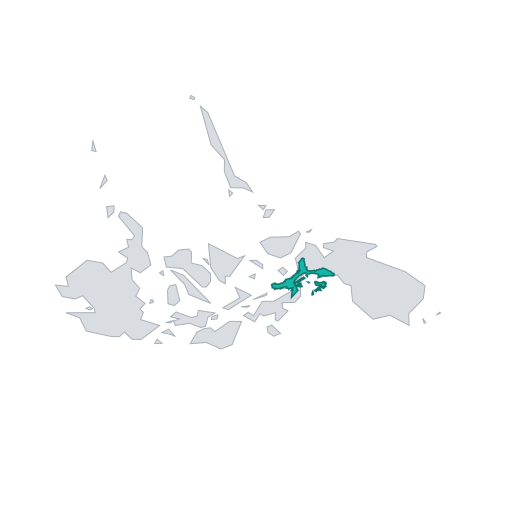 Quezon, Quezon, Philippines shown in context, rotated 110°
{"feature_id": "2640588B64856500371355", "entity_name": "Quezon", "entity_type": "district", "adm_level": 2, "iso_a3": "PHL", "parent_name": "Philippines", "parent_adm1": "Quezon", "projection": "orthographic", "projection_center": [122.074, 14.189], "detail": "fine", "context": "in_parent", "style": "filled", "palette": "teal", "viewbox_px": 512, "rotation_deg": 110, "n_neighbors": 0, "source": "geoboundaries", "source_scale": "gbopen_adm2", "svg_char_len": 9700}
<svg xmlns="http://www.w3.org/2000/svg" viewBox="0 0 512 512"><g transform="rotate(110 256 256)"><path d="M239.0,84.2L258.0,92.8L268.8,88.4L265.9,109.9L275.4,124.4L265.5,149.8L251.4,156.6L251.7,163.7L246.1,173.0L254.0,188.9L252.2,193.1L255.8,204.3L267.5,210.7L267.2,204.9L278.4,200.3L286.4,203.7L290.9,215.5L296.0,213.2L296.5,207.1L309.6,213.1L309.4,216.2L302.6,218.3L309.8,228.4L308.9,232.7L318.3,234.7L316.3,247.4L311.4,244.1L313.3,237.9L296.4,234.6L292.5,223.9L277.5,211.3L274.2,211.9L279.5,225.2L277.7,230.6L271.8,221.8L256.1,210.5L244.7,218.3L231.5,211.9L226.2,214.0L225.7,203.7L234.3,191.3L224.9,184.9L225.0,195.7L221.1,196.5L216.2,187.2L211.8,185.6L204.2,147.6L205.7,145.7L214.2,153.3L219.6,151.7L219.7,110.4L226.1,87.0L239.0,84.2ZM354.3,322.8L373.7,335.4L376.7,344.1L372.4,353.8L378.5,356.7L381.1,364.2L384.6,389.8L374.3,400.5L374.3,415.1L364.3,387.8L360.7,389.8L352.6,405.2L358.2,411.2L360.4,424.2L351.9,434.5L348.7,421.9L340.6,427.2L317.7,413.3L315.1,397.5L321.0,386.7L306.5,375.5L301.9,375.8L299.2,386.5L291.3,378.7L284.5,383.3L283.1,378.1L278.4,377.1L265.7,398.9L260.9,398.4L259.9,392.2L268.4,372.2L286.3,366.5L290.0,359.0L300.2,351.7L311.3,358.9L310.0,369.2L320.7,364.3L326.2,354.3L334.9,355.2L338.5,344.1L345.7,346.8L347.5,342.5L355.2,342.8L354.3,322.8ZM297.1,336.4L288.4,342.2L285.0,335.2L276.9,330.8L272.5,321.6L274.5,317.9L284.7,314.5L283.6,303.3L288.0,292.9L295.3,290.0L302.0,291.9L303.5,295.7L292.8,320.5L297.1,336.4ZM347.4,248.1L355.3,257.1L354.3,273.2L360.9,287.8L347.6,285.4L342.3,280.2L339.1,274.4L341.1,268.8L326.5,258.5L322.4,247.2L347.4,248.1ZM259.7,266.8L284.1,273.8L285.6,278.0L292.6,275.4L291.6,282.1L282.3,294.6L260.7,304.9L264.7,272.5L259.7,266.8ZM166.9,336.2L134.2,359.5L137.8,350.3L188.1,303.5L190.4,290.2L197.1,281.1L196.3,290.8L200.4,303.1L187.2,314.8L176.3,318.5L166.9,336.2ZM219.9,221.8L241.0,224.2L249.4,232.3L249.8,245.6L241.8,257.0L233.5,249.0L226.4,231.2L218.2,224.6L219.9,221.8ZM330.1,280.3L339.5,279.4L342.1,283.7L341.9,295.2L348.8,308.0L345.5,311.2L341.3,306.5L342.4,315.5L335.9,311.9L335.9,295.4L332.5,290.6L326.8,291.6L323.6,275.2L330.1,280.3ZM298.4,331.6L298.8,317.7L316.0,282.3L315.2,305.9L307.1,313.3L298.4,331.6ZM331.0,322.3L318.5,327.4L313.5,326.8L310.3,321.6L324.0,312.3L330.5,315.8L331.0,322.3ZM294.5,247.1L315.9,263.6L316.0,269.4L300.8,256.9L292.5,264.8L294.5,247.1ZM323.7,218.5L319.1,221.3L315.5,217.7L320.3,206.5L325.3,212.0L323.7,218.5ZM270.6,408.2L260.8,413.2L257.4,406.6L263.5,404.5L270.6,408.2ZM206.1,254.5L215.1,256.8L217.4,262.4L209.3,262.4L206.1,254.5ZM259.7,221.3L264.9,223.4L262.1,230.3L257.4,227.0L259.7,221.3ZM236.0,421.7L246.0,425.9L231.7,425.5L236.0,421.7ZM360.1,318.4L354.8,313.0L359.3,304.3L358.8,309.5L360.1,318.4ZM265.7,245.3L262.3,260.1L259.9,254.0L262.0,246.7L265.7,245.3ZM212.5,442.0L213.2,446.4L203.2,448.9L212.5,442.0ZM262.8,181.7L262.5,188.3L260.2,191.1L257.8,180.8L262.8,181.7ZM280.5,296.9L276.2,305.4L276.2,300.5L280.5,296.9ZM210.0,264.9L207.5,271.0L205.4,263.9L210.0,264.9ZM331.0,276.3L327.7,276.5L324.4,271.6L328.4,271.0L331.0,276.3ZM277.8,249.6L277.9,255.2L273.1,250.6L277.8,249.6ZM373.0,321.3L368.1,320.4L370.2,314.4L373.0,321.3ZM289.4,232.8L298.0,243.9L287.1,232.9L289.4,232.8ZM209.0,301.3L203.3,304.3L204.9,299.3L209.0,301.3ZM306.0,336.2L305.0,340.9L301.7,338.5L306.0,336.2ZM307.0,246.3L308.9,252.8L304.7,244.5L307.0,246.3ZM130.3,372.4L127.4,372.0L128.1,367.9L130.3,367.4L130.3,372.4ZM336.8,339.6L333.0,339.9L332.7,337.4L334.9,336.9L336.8,339.6ZM363.4,397.8L360.6,394.9L361.4,391.8L363.3,393.3L363.4,397.8ZM215.0,213.5L216.6,217.2L212.2,212.9L215.0,213.5ZM347.8,313.2L349.4,318.1L345.2,312.2L347.8,313.2ZM261.7,75.0L257.5,78.1L260.5,73.6L261.7,75.0ZM266.5,207.5L260.8,204.6L260.9,202.7L266.5,207.5ZM246.5,63.1L250.0,66.5L246.0,64.2L246.5,63.1Z" fill="#d9dde1" stroke="#a8b0b8" stroke-width="1"/><path d="M245.2,181.3L244.4,186.3L244.4,187.6L244.7,188.6L244.5,189.1L245.7,190.0L246.4,190.2L246.4,191.6L247.3,192.0L247.3,192.5L248.3,193.8L248.4,194.4L249.6,194.4L249.8,195.1L250.2,195.5L249.5,196.2L250.7,198.1L251.7,200.8L252.4,201.0L252.3,201.6L251.2,203.5L251.7,203.7L251.2,204.5L250.5,204.5L250.0,204.1L249.5,204.2L249.8,204.6L249.5,204.9L249.2,204.8L249.2,205.9L248.5,207.0L247.0,207.1L246.8,207.5L244.9,208.5L244.3,209.2L243.5,209.6L243.0,209.5L242.2,209.8L242.0,211.4L242.8,211.8L242.8,212.1L243.1,212.3L244.7,212.5L245.4,212.4L245.9,213.0L246.6,213.1L247.8,213.8L248.5,212.9L250.7,212.0L250.8,212.3L250.7,212.0L251.5,211.6L251.9,211.8L252.1,211.3L253.2,211.2L253.5,210.9L254.3,211.0L253.8,210.2L254.4,209.6L255.4,209.7L256.3,210.5L256.4,210.2L257.0,210.4L257.2,210.8L256.9,211.2L257.4,211.6L257.3,211.8L257.6,211.5L257.8,211.8L258.0,211.5L258.1,212.0L258.6,211.7L258.9,211.8L259.1,212.6L261.3,213.2L261.4,214.1L262.7,214.1L262.5,214.3L263.3,214.9L263.9,214.8L264.0,214.5L264.3,214.8L264.5,214.7L264.6,215.1L265.4,215.7L265.5,216.4L265.7,216.6L265.8,216.5L265.9,216.4L266.5,217.8L267.2,218.7L267.4,219.6L267.6,219.5L268.2,219.8L268.9,219.5L269.2,219.9L268.8,220.2L269.3,220.4L269.5,219.9L270.4,219.9L270.8,220.4L270.7,220.8L272.5,221.7L272.8,222.8L274.8,224.9L275.7,227.0L275.6,227.7L275.3,227.9L275.7,228.3L275.4,228.5L275.5,229.1L275.2,229.2L276.2,230.0L276.8,231.0L277.7,231.5L278.4,231.2L279.3,230.2L280.3,229.9L280.2,228.7L279.7,228.4L279.8,225.8L279.4,224.5L277.8,222.3L277.7,221.8L277.0,221.3L276.8,220.7L277.2,220.7L278.1,222.0L278.6,222.0L278.6,221.7L277.0,220.3L276.2,220.1L276.3,219.7L275.0,218.4L275.1,217.8L274.6,217.0L274.7,216.2L275.7,216.1L275.3,215.1L275.3,214.0L275.7,213.8L275.3,213.7L275.3,213.3L274.7,212.9L272.9,210.4L273.4,210.4L273.7,210.8L274.4,210.6L274.6,210.9L275.3,210.9L275.2,210.8L275.3,210.7L275.7,210.9L275.8,209.9L276.4,210.3L277.2,209.9L282.7,208.5L273.8,204.8L273.3,205.8L272.0,207.1L269.9,207.0L270.0,205.0L269.5,205.6L268.9,205.5L269.1,204.5L268.7,204.2L269.2,202.7L269.0,202.2L268.5,202.4L268.4,203.8L268.0,203.6L267.1,204.1L266.7,204.5L266.9,205.1L266.6,205.1L266.4,204.6L266.2,204.6L266.4,205.3L267.2,206.5L267.9,206.8L269.2,207.9L269.2,207.7L269.5,207.8L269.6,208.4L270.0,208.5L270.1,208.3L270.4,208.3L270.0,208.7L270.2,209.0L269.9,208.8L269.6,209.1L270.0,209.6L269.8,210.0L269.0,209.9L268.9,209.7L267.6,209.4L267.1,209.0L266.7,209.0L267.4,210.1L267.8,210.4L268.3,210.4L268.4,210.7L268.1,211.7L266.9,211.1L265.9,211.0L265.6,211.2L264.9,210.8L264.5,210.9L264.3,210.6L262.9,210.3L261.7,209.5L259.8,208.8L257.9,206.9L255.9,205.5L254.8,204.1L255.5,203.3L255.6,202.2L254.8,201.4L255.0,200.8L254.8,200.0L253.0,198.0L252.6,195.8L252.1,194.9L252.1,193.5L251.7,192.6L251.6,191.2L252.0,190.3L251.9,190.6L252.5,190.8L252.0,190.9L252.1,191.1L253.4,190.2L253.2,190.1L253.4,190.1L253.7,190.1L253.8,190.0L253.5,190.0L253.5,189.9L255.0,190.1L253.0,187.9L252.8,187.9L252.9,187.7L252.1,187.4L251.5,186.5L251.8,185.8L251.0,184.8L250.8,183.2L250.0,181.5L249.0,180.3L248.8,178.1L248.4,176.9L247.9,176.4L247.5,176.5L246.7,175.9L246.4,176.3L246.3,177.1L245.8,177.2L245.9,177.6L246.2,177.4L246.4,177.7L246.3,178.5L246.0,179.1L245.6,179.2L245.7,179.6L245.3,179.8L244.8,180.7L245.2,181.3ZM260.3,180.2L259.1,181.1L258.8,180.8L258.5,181.0L258.2,180.8L257.7,180.8L257.4,181.2L257.6,181.3L257.6,181.5L257.4,181.5L257.6,181.7L257.6,181.9L257.8,182.1L257.6,182.3L257.6,182.0L257.4,182.0L257.5,181.7L257.2,181.8L257.2,182.6L256.8,183.6L257.0,183.9L257.3,183.5L257.5,183.8L257.6,183.3L257.3,183.0L257.6,183.0L257.6,183.7L258.1,183.9L258.0,184.3L258.6,185.1L258.8,186.3L259.6,187.1L260.3,189.6L259.8,189.8L259.5,189.3L259.4,190.5L259.7,191.5L260.3,191.9L262.0,190.8L262.9,189.5L262.5,188.2L262.6,187.5L262.5,187.1L262.5,186.9L262.1,186.7L262.2,186.3L261.8,186.4L261.4,186.1L261.4,185.6L261.1,185.4L261.3,185.0L261.1,184.8L261.1,184.3L261.3,184.3L261.4,184.5L261.7,184.2L262.5,184.0L262.2,183.2L262.4,182.7L261.9,183.1L261.7,183.0L262.2,182.1L262.8,182.0L263.4,183.1L263.4,182.8L263.2,181.7L262.9,181.5L262.1,181.6L262.4,181.0L261.7,180.6L261.1,180.8L261.3,180.5L260.8,180.3L260.3,180.7L260.3,180.2ZM260.1,202.5L259.8,203.3L259.7,203.8L260.0,203.7L261.5,205.8L262.9,206.4L263.4,207.1L264.3,207.4L264.9,208.1L266.1,208.8L266.8,208.7L266.4,207.6L265.6,207.0L265.3,206.5L262.5,204.7L260.1,202.5ZM266.7,186.0L265.5,186.5L265.3,186.4L265.2,186.1L264.7,186.3L264.4,186.1L264.9,187.2L265.9,187.4L266.7,188.1L268.0,188.6L268.3,189.4L268.6,189.2L268.7,188.3L268.5,188.0L268.7,187.6L268.3,187.4L268.0,187.6L267.0,187.1L267.5,186.1L267.1,186.4L266.7,186.0ZM272.5,189.0L271.4,189.6L270.7,189.6L270.0,190.6L272.1,190.5L273.3,190.1L273.3,189.7L272.5,189.0ZM256.2,210.5L255.3,210.5L255.5,210.9L255.1,211.0L255.3,211.3L255.2,211.8L255.5,212.0L256.3,211.3L256.2,212.1L256.5,212.1L256.7,211.6L256.3,211.3L256.4,210.5L256.2,210.5ZM257.4,200.6L256.8,200.9L257.2,202.1L258.0,200.8L257.4,200.6ZM262.5,185.1L262.3,185.3L262.6,186.0L263.1,186.1L263.6,185.8L264.1,186.1L263.6,185.4L262.8,185.2L262.6,185.4L262.5,185.1ZM280.9,226.0L280.7,226.5L280.8,227.1L281.0,226.9L280.9,226.0ZM262.8,196.8L262.6,197.0L262.8,198.2L263.1,197.4L262.8,196.8ZM265.8,184.1L265.6,184.6L265.9,184.7L266.0,184.4L265.8,184.1ZM266.1,183.5L265.9,183.2L265.6,183.8L265.8,183.9L266.1,183.5ZM262.5,184.4L262.1,184.5L262.4,184.7L262.5,184.4ZM265.6,186.2L265.4,186.0L265.3,186.3L265.6,186.2ZM268.7,187.0L268.4,186.7L268.6,187.1L268.7,187.0ZM266.7,183.9L266.5,183.6L266.4,183.7L266.7,183.9ZM262.1,186.2L261.9,186.1L261.9,186.3L262.1,186.2ZM262.3,185.1L262.0,185.0L261.8,185.1L262.3,185.1ZM266.3,185.0L266.0,185.0L266.3,185.0ZM265.1,184.6L264.9,184.6L265.0,184.7L265.1,184.6ZM262.9,184.3L263.0,184.1L262.7,184.1L262.9,184.3ZM263.3,183.7L263.1,183.7L263.1,183.8L263.3,183.7ZM254.6,210.2L254.5,210.3L254.6,210.2ZM267.5,185.5L267.3,185.4L267.3,185.5L267.5,185.5ZM265.8,204.1L265.9,204.3L265.8,204.1Z" fill="#14b8a6" stroke="#0f766e" stroke-width="1.5"/></g></svg>